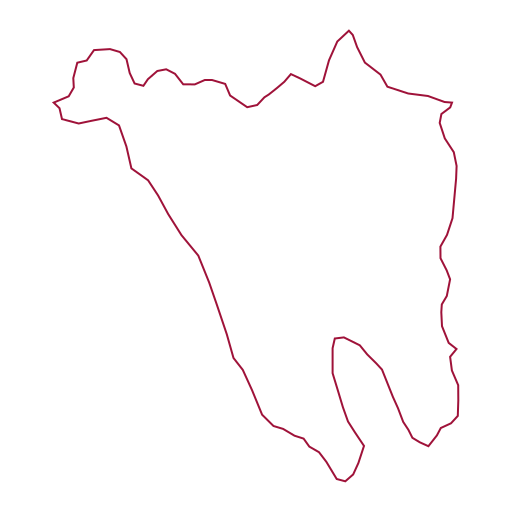 Nordmaling, Västerbotten, Sweden (Albers equal-area conic projection)
{"feature_id": "70781695B22798016989349", "entity_name": "Nordmaling", "entity_type": "district", "adm_level": 2, "iso_a3": "SWE", "parent_name": "Sweden", "parent_adm1": "Västerbotten", "projection": "albers", "projection_center": [19.36, 63.649], "detail": "fine", "context": "isolated", "style": "outline", "palette": "rose", "viewbox_px": 512, "rotation_deg": 0, "n_neighbors": 0, "source": "geoboundaries", "source_scale": "gbopen_adm2", "svg_char_len": 1563}
<svg xmlns="http://www.w3.org/2000/svg" viewBox="0 0 512 512"><path d="M53.7,102.6L59.5,108.2L62.0,119.1L78.7,123.5L90.5,121.0L106.5,117.8L119.0,125.4L126.4,146.5L131.4,168.4L148.1,180.3L158.1,195.5L168.2,214.1L181.5,235.2L198.3,255.6L209.2,282.6L216.8,304.6L226.8,334.3L233.5,358.0L242.8,369.9L252.1,390.3L262.1,414.7L273.5,426.0L283.1,428.9L294.5,435.7L303.6,438.6L309.3,446.6L319.0,452.2L326.4,461.9L336.7,479.0L345.3,481.3L353.2,474.4L358.4,463.0L364.0,445.9L354.9,432.3L348.0,421.5L342.9,407.2L338.3,391.9L332.6,373.2L332.6,348.2L334.8,338.5L343.9,337.4L359.8,345.3L367.2,354.4L376.3,363.4L382.0,369.6L392.9,396.9L398.0,408.2L403.2,421.9L408.4,429.8L412.4,437.8L419.8,442.3L428.4,446.2L436.9,435.4L440.8,428.0L451.0,423.3L457.8,415.9L458.3,400.5L458.2,385.2L451.9,370.5L450.1,356.8L456.5,349.0L448.7,342.9L442.0,326.2L441.3,312.2L441.8,304.4L446.8,296.0L450.1,279.3L446.7,270.4L440.5,258.2L440.4,246.6L447.0,234.9L452.5,218.2L456.1,178.7L456.6,166.0L453.8,152.2L444.8,138.4L439.7,122.9L441.4,114.0L450.2,107.4L452.0,102.6L444.5,102.0L428.0,96.0L408.2,93.5L387.4,86.7L380.5,74.6L364.9,62.6L357.1,47.1L352.8,35.0L348.9,30.7L337.3,41.5L329.0,60.3L323.0,81.8L315.2,86.2L300.3,78.5L290.9,74.1L284.3,81.8L277.1,87.9L268.8,94.5L264.4,97.3L257.2,105.0L247.2,107.2L230.1,95.5L225.2,83.9L212.0,80.0L204.8,80.0L194.8,84.4L183.2,84.3L175.0,73.8L166.2,69.3L157.3,71.0L147.9,79.2L143.4,85.8L134.6,83.5L129.7,73.0L126.5,59.2L119.9,52.0L110.0,49.1L94.0,50.1L86.7,60.5L77.3,62.7L73.3,78.1L73.8,87.5L68.7,96.3L53.7,102.6Z" fill="none" stroke="#9f1239" stroke-width="2"/></svg>